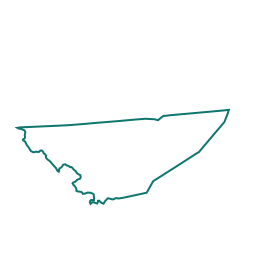 outline of Souto Soares, Bahia, Brazil, rotated 325°
{"feature_id": "56859067B69243196353735", "entity_name": "Souto Soares", "entity_type": "district", "adm_level": 2, "iso_a3": "BRA", "parent_name": "Brazil", "parent_adm1": "Bahia", "projection": "natural_earth1", "projection_center": [-41.909, -11.985], "detail": "fine", "context": "isolated", "style": "outline", "palette": "teal", "viewbox_px": 256, "rotation_deg": 325, "n_neighbors": 0, "source": "geoboundaries", "source_scale": "gbopen_adm2", "svg_char_len": 2132}
<svg xmlns="http://www.w3.org/2000/svg" viewBox="0 0 256 256"><g transform="rotate(325 128 128)"><path d="M53.8,168.7L55.0,168.6L56.1,168.3L57.0,168.7L57.6,169.5L58.4,170.8L59.3,172.1L60.5,171.7L61.6,170.4L62.7,171.0L62.9,172.7L63.5,174.4L64.6,176.0L66.1,175.2L67.7,174.7L70.0,174.2L71.4,174.1L72.6,175.5L74.0,177.2L74.8,177.9L76.0,178.3L77.3,178.3L78.4,178.8L79.5,180.1L80.9,180.9L82.5,181.6L83.8,182.3L84.8,182.7L93.3,186.3L105.9,191.6L106.9,191.4L117.3,186.4L118.2,186.0L135.8,186.8L149.4,187.4L168.4,188.1L172.3,188.4L176.4,187.3L193.8,182.7L210.3,178.4L216.3,174.5L221.0,171.0L216.3,168.4L210.7,165.2L185.8,150.9L172.1,143.0L170.2,141.9L167.3,140.4L163.8,138.4L161.2,138.5L160.1,138.6L158.3,138.7L157.0,138.8L154.7,136.0L153.8,135.3L147.4,130.3L143.3,127.9L138.2,124.9L124.1,116.8L113.5,110.6L111.4,109.4L108.4,107.6L105.0,105.6L95.7,100.3L82.1,92.3L76.3,88.7L74.9,87.8L73.3,86.8L39.3,65.2L37.5,64.4L38.2,65.8L39.3,66.9L40.2,67.9L40.9,69.1L41.7,70.2L41.8,71.4L41.3,72.8L40.3,73.7L39.4,74.5L38.7,75.9L38.1,76.8L37.2,77.3L35.4,77.1L35.0,78.3L35.6,79.1L36.0,80.4L35.5,82.1L35.3,84.2L35.4,85.7L35.5,86.9L35.4,88.3L35.3,89.7L35.3,91.3L36.3,93.3L37.8,94.3L39.3,94.7L40.2,95.9L41.6,96.5L43.3,96.2L44.4,97.0L44.8,98.7L44.4,100.4L45.0,101.8L45.1,103.7L44.2,104.3L43.8,105.5L43.9,106.7L44.2,108.1L44.9,110.0L45.1,111.4L45.2,112.6L45.3,114.1L45.5,115.3L45.6,116.4L45.9,118.3L46.0,120.0L45.7,121.4L45.7,123.0L46.2,124.1L47.2,123.4L47.7,122.4L48.8,121.9L50.2,122.0L51.2,121.9L52.6,121.5L53.5,121.0L54.6,121.1L55.9,121.9L56.1,123.3L56.9,124.0L57.7,125.3L58.1,126.8L59.3,127.6L59.6,129.1L59.7,130.8L60.0,132.1L60.4,133.1L60.3,134.7L60.4,136.3L61.0,137.7L61.9,139.3L61.2,140.9L59.9,142.0L58.7,141.8L57.6,141.4L56.5,141.3L55.2,141.5L54.0,141.7L53.0,141.6L51.9,141.2L50.8,141.6L50.7,143.5L51.0,145.1L51.0,146.2L51.0,147.4L50.6,148.6L49.7,150.0L50.6,151.3L52.1,152.6L53.1,153.7L53.4,154.9L53.3,156.1L54.6,156.7L55.5,157.2L56.8,157.4L57.8,157.7L58.7,158.4L59.7,159.1L60.5,160.1L61.4,161.3L61.8,162.9L60.6,164.8L59.8,166.4L58.8,167.5L57.6,166.7L56.5,165.8L55.3,166.0L54.1,167.0L53.8,168.7Z" fill="none" stroke="#0f766e" stroke-width="2"/></g></svg>